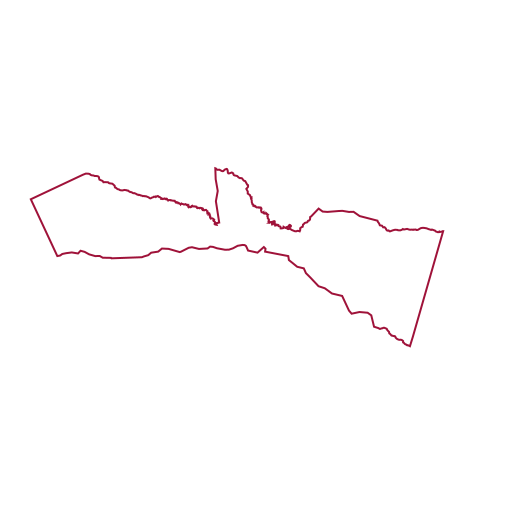 the district of Manoel Urbano, Acre, Brazil, rotated 65°
{"feature_id": "56859067B24533287655933", "entity_name": "Manoel Urbano", "entity_type": "district", "adm_level": 2, "iso_a3": "BRA", "parent_name": "Brazil", "parent_adm1": "Acre", "projection": "albers", "projection_center": [-69.938, -9.396], "detail": "fine", "context": "isolated", "style": "outline", "palette": "rose", "viewbox_px": 512, "rotation_deg": 65, "n_neighbors": 0, "source": "geoboundaries", "source_scale": "gbopen_adm2", "svg_char_len": 6144}
<svg xmlns="http://www.w3.org/2000/svg" viewBox="0 0 512 512"><g transform="rotate(65 256 256)"><path d="M239.5,179.2L243.4,189.2L243.6,190.5L244.7,191.0L245.8,191.7L246.3,192.8L246.1,193.7L246.3,194.3L246.9,194.9L247.1,195.6L246.7,197.3L246.7,198.0L247.3,199.3L247.4,200.1L249.2,201.3L249.1,202.6L249.5,204.2L251.2,205.0L252.1,206.0L251.3,206.8L250.7,207.8L250.6,209.2L249.9,210.4L247.4,212.7L245.3,213.8L245.5,214.4L245.2,215.5L244.7,216.0L242.8,215.7L242.7,216.3L243.2,217.2L242.7,217.8L241.2,218.7L241.9,219.2L242.2,219.6L241.9,220.9L241.4,222.0L240.0,221.5L239.5,221.6L238.5,222.9L237.9,223.1L237.3,222.7L236.8,223.2L236.7,225.2L236.5,225.8L235.7,225.6L235.4,224.9L234.1,225.9L233.6,225.4L233.3,224.7L232.5,224.4L232.1,224.7L231.9,225.9L232.2,226.6L233.7,226.8L234.4,227.3L234.2,228.1L231.9,227.2L231.5,227.9L231.4,228.6L231.7,229.6L231.3,230.3L231.2,229.8L230.4,229.6L229.7,229.9L229.5,229.4L228.3,228.9L226.8,229.4L225.6,228.8L225.0,229.0L223.9,228.3L223.7,227.7L221.6,228.6L222.1,228.9L221.6,229.2L221.3,230.1L220.8,230.2L220.7,230.8L220.2,230.9L219.6,230.7L219.8,231.3L219.2,231.7L218.7,232.4L217.1,232.2L216.4,232.0L216.1,231.5L215.6,231.1L214.8,231.0L214.1,231.2L214.1,231.8L213.5,232.1L213.5,232.9L212.8,233.3L212.4,234.7L211.3,235.5L210.7,235.4L210.2,235.7L210.4,236.2L210.1,236.6L209.6,236.5L209.3,237.1L208.9,236.8L208.1,236.9L207.7,237.4L207.0,237.2L205.5,237.1L203.6,236.3L202.1,236.3L201.8,235.7L201.3,235.9L200.9,235.4L200.6,235.9L199.9,235.7L199.1,235.9L198.4,235.7L195.9,237.1L194.1,236.2L191.1,236.4L190.1,234.2L189.3,233.6L188.4,233.3L187.8,233.8L183.6,234.1L182.7,235.1L181.6,235.5L179.8,235.8L178.9,236.8L178.7,237.6L177.3,238.7L176.6,238.8L175.5,239.3L173.8,241.5L173.3,241.9L172.5,242.0L171.5,241.7L170.1,242.6L169.8,245.4L169.5,246.1L168.7,246.3L166.4,245.5L165.0,245.5L164.6,245.9L164.5,247.8L165.2,249.7L165.1,250.3L164.4,251.2L162.3,252.7L161.6,254.5L161.1,254.9L159.7,255.4L159.3,255.8L169.4,260.1L180.9,263.2L189.4,269.2L210.1,275.2L209.8,276.1L210.0,276.8L209.6,277.3L209.5,277.8L209.7,278.3L210.4,278.6L211.0,278.6L210.2,279.7L209.7,279.9L209.4,279.2L208.9,279.4L208.7,278.9L208.0,278.8L207.0,279.1L206.5,279.6L205.8,279.6L205.4,278.6L204.7,278.8L204.0,279.2L203.1,280.1L203.0,281.2L201.7,281.4L200.8,280.7L200.3,281.0L199.4,280.5L198.7,280.4L198.4,281.4L197.4,280.5L196.8,281.0L197.2,281.4L196.9,282.1L195.5,281.6L195.0,281.1L194.5,281.4L193.1,281.8L192.7,282.8L192.8,283.5L191.9,284.9L191.3,285.0L191.5,284.6L191.0,284.1L190.3,284.2L189.3,285.4L188.7,286.3L188.9,287.0L188.3,287.4L188.0,287.8L188.0,288.7L187.7,289.1L186.3,289.0L185.8,289.5L185.7,290.2L185.1,290.5L184.9,291.3L184.5,292.0L183.5,292.4L183.5,293.0L184.1,293.5L184.2,294.1L184.1,294.8L183.1,295.2L183.1,295.8L183.4,296.4L182.9,296.6L182.4,296.2L181.9,296.3L180.8,297.1L180.6,296.5L180.2,297.2L179.1,298.1L179.0,299.5L178.2,300.1L177.6,300.9L176.9,301.4L177.4,302.5L176.8,302.5L176.3,303.2L175.6,303.4L175.4,304.1L174.8,304.0L174.3,304.4L174.3,305.2L174.0,305.7L173.5,305.5L173.3,306.1L172.4,306.1L172.0,306.6L171.5,306.5L170.4,308.5L169.8,309.1L169.7,309.6L169.2,309.8L168.5,311.3L168.6,312.1L168.1,312.1L167.2,312.8L166.5,312.6L166.0,313.2L166.4,313.8L165.6,314.6L165.1,314.8L165.1,316.3L164.3,317.6L163.9,317.1L162.7,318.0L161.8,318.4L161.6,318.9L160.5,319.3L160.1,319.7L160.2,320.9L159.8,321.3L160.1,321.9L159.6,322.1L159.5,322.9L159.1,323.4L159.3,324.0L159.1,325.5L159.2,327.2L158.9,327.7L158.4,328.1L157.6,328.4L155.2,330.6L155.1,331.3L154.2,332.2L154.0,333.2L152.9,334.1L152.6,334.7L151.4,335.7L151.3,336.4L150.4,337.1L150.3,337.6L148.9,338.5L147.6,339.7L147.5,340.2L147.0,340.9L145.8,341.7L145.3,342.2L144.9,343.0L144.3,343.3L143.6,343.9L142.5,344.4L142.3,345.1L141.7,345.5L140.5,347.4L140.2,349.1L139.4,350.7L138.5,351.7L137.8,352.0L136.8,353.3L135.0,354.1L134.5,354.7L133.8,354.8L132.6,354.4L129.8,355.6L128.1,358.2L127.6,358.6L126.9,358.7L126.5,359.2L125.1,361.9L124.7,363.1L123.2,363.3L120.6,365.6L119.2,365.4L118.5,365.1L117.9,365.1L117.3,365.3L116.3,366.4L115.3,368.4L114.3,369.3L113.6,370.6L112.5,371.7L111.9,371.8L111.4,372.1L110.6,373.1L109.4,375.4L109.2,378.4L109.4,436.1L172.1,436.1L172.8,433.3L172.3,430.7L173.2,426.9L174.9,421.5L178.5,416.2L177.1,412.8L179.8,409.6L184.0,406.5L188.2,401.7L189.2,399.2L190.0,397.6L192.8,395.6L196.4,388.2L197.0,388.0L208.9,359.9L209.0,357.9L209.7,353.3L208.7,349.6L210.7,342.8L209.5,338.1L212.6,332.2L220.2,323.5L220.4,322.3L220.1,313.5L221.0,310.3L225.5,304.7L228.7,296.7L228.1,293.6L228.4,293.1L229.6,291.1L232.5,288.1L237.2,281.5L238.8,277.9L239.3,273.7L239.0,268.3L240.3,263.5L241.3,261.7L242.5,260.9L244.3,260.8L247.7,260.9L253.6,253.2L251.2,245.1L253.4,244.3L255.9,245.9L269.7,226.8L273.6,227.9L283.2,223.2L287.4,217.9L292.6,218.0L298.6,215.8L309.8,212.1L314.3,207.3L322.1,203.0L328.6,194.8L344.8,194.8L348.7,193.7L350.5,185.9L354.6,178.8L358.5,176.6L370.0,178.9L373.3,175.3L373.8,175.1L374.5,174.5L374.7,172.6L374.9,172.2L374.9,170.9L375.3,170.0L377.2,168.3L378.6,168.3L381.1,167.5L382.5,167.9L383.5,167.3L385.4,166.8L385.9,165.9L386.5,165.5L387.1,164.3L387.6,163.9L388.1,163.8L388.8,164.0L390.5,163.4L391.8,162.4L392.5,161.6L393.1,160.1L394.0,159.2L395.2,158.6L396.5,159.2L397.1,158.7L398.5,158.3L399.2,157.9L399.7,157.3L400.6,156.9L400.9,156.2L401.4,156.0L401.7,155.4L402.8,154.6L395.4,147.9L312.6,75.9L312.4,76.3L312.6,76.9L312.3,77.6L311.9,79.4L311.3,79.6L311.6,80.3L311.3,81.1L309.7,82.7L308.7,83.0L306.6,85.1L306.3,85.6L306.4,86.2L305.1,87.6L304.7,88.1L303.0,89.7L301.3,92.2L300.7,93.6L300.4,95.1L300.7,98.0L300.5,99.1L300.2,99.6L299.5,100.0L299.1,101.2L298.7,101.8L298.7,102.6L298.0,103.4L297.6,104.6L296.9,105.9L295.3,107.6L294.5,110.8L293.6,111.5L293.9,112.8L293.7,114.5L292.7,116.4L292.2,116.7L291.0,118.8L290.6,120.8L290.3,124.2L290.0,124.6L288.9,125.0L288.6,126.1L288.0,126.6L286.8,126.8L286.0,126.7L284.2,127.3L283.8,128.6L281.8,129.0L280.5,130.8L279.1,130.7L277.8,130.8L276.6,131.1L275.3,131.0L263.6,145.2L257.2,148.9L255.3,153.2L251.6,158.6L250.2,162.0L246.2,172.7L243.9,176.8L239.5,179.2ZM244.5,213.5L244.0,212.6L244.0,212.0L243.5,211.6L242.5,211.9L242.0,212.4L242.2,213.2L242.6,213.8L243.9,213.8L244.5,213.5Z" fill="none" stroke="#9f1239" stroke-width="2"/></g></svg>